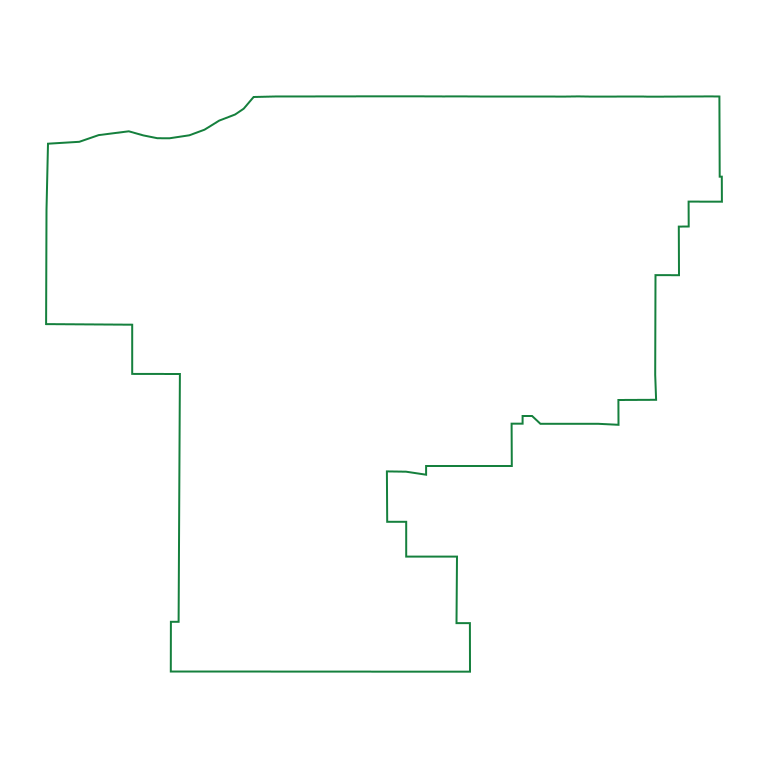 outline of Umatilla, Oregon, United States of America
{"feature_id": "52423323B79537208575775", "entity_name": "Umatilla", "entity_type": "district", "adm_level": 2, "iso_a3": "USA", "parent_name": "United States of America", "parent_adm1": "Oregon", "projection": "robinson", "projection_center": [-118.594, 45.498], "detail": "fine", "context": "isolated", "style": "outline", "palette": "green", "viewbox_px": 768, "rotation_deg": 0, "n_neighbors": 0, "source": "geoboundaries", "source_scale": "gbopen_adm2", "svg_char_len": 1031}
<svg xmlns="http://www.w3.org/2000/svg" viewBox="0 0 768 768"><path d="M470.0,671.7L469.9,623.1L456.5,623.1L457.0,556.6L406.2,556.6L406.2,521.8L387.2,521.8L386.9,471.4L406.1,471.7L426.1,474.7L426.1,466.0L511.8,466.0L511.6,423.7L522.6,423.7L522.6,416.0L532.1,416.0L540.4,423.8L598.2,423.8L618.5,424.8L618.4,400.0L656.1,399.8L655.2,374.7L655.5,275.1L679.0,275.2L678.8,226.6L688.7,226.5L688.6,201.6L721.9,201.7L721.8,176.7L719.7,176.7L719.4,96.5L710.5,96.4L650.9,96.7L648.6,96.7L641.7,96.5L603.5,96.6L599.9,96.6L592.6,96.6L590.8,96.6L578.3,96.4L563.7,96.6L539.4,96.5L534.5,96.5L522.8,96.5L491.9,96.5L479.7,96.5L461.2,96.4L446.3,96.4L443.4,96.5L441.5,96.4L429.1,96.4L414.8,96.3L414.1,96.3L405.1,96.3L396.3,96.3L274.7,96.5L253.6,97.0L243.7,108.7L235.1,114.5L219.2,120.6L204.5,129.7L189.3,135.3L169.3,138.3L157.3,138.2L143.3,135.4L128.8,131.3L98.7,135.1L79.3,141.8L48.0,143.7L46.5,209.9L46.1,324.1L132.2,324.7L132.2,373.9L179.9,374.0L178.6,621.8L170.9,621.8L170.8,671.5L470.0,671.7Z" fill="none" stroke="#15803d" stroke-width="2"/></svg>